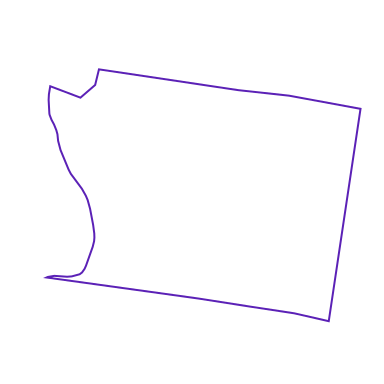 Union, Illinois, United States of America (Natural Earth projection), rotated 8°
{"feature_id": "52423323B99483960242542", "entity_name": "Union", "entity_type": "district", "adm_level": 2, "iso_a3": "USA", "parent_name": "United States of America", "parent_adm1": "Illinois", "projection": "natural_earth1", "projection_center": [-89.408, 37.465], "detail": "fine", "context": "isolated", "style": "outline", "palette": "violet", "viewbox_px": 384, "rotation_deg": 8, "n_neighbors": 0, "source": "geoboundaries", "source_scale": "gbopen_adm2", "svg_char_len": 643}
<svg xmlns="http://www.w3.org/2000/svg" viewBox="0 0 384 384"><g transform="rotate(8 192 192)"><path d="M274.7,83.1L223.7,84.7L82.8,83.5L81.2,99.5L68.4,114.1L36.9,107.0L36.8,110.7L36.7,115.1L37.2,120.7L39.8,134.0L40.2,135.3L42.8,140.0L46.0,144.4L49.0,149.6L50.7,153.5L52.3,160.0L56.0,168.8L66.7,187.0L69.5,190.9L82.5,204.1L87.4,210.5L89.8,214.5L93.4,222.8L98.7,238.4L101.0,246.7L101.7,250.8L101.9,254.3L101.3,260.1L97.3,279.7L96.3,283.1L94.3,287.0L92.2,289.1L84.7,292.3L80.1,293.3L67.3,294.2L61.0,296.2L59.9,296.9L213.6,296.6L264.9,297.4L310.1,297.9L345.4,300.9L347.3,86.2L274.7,83.1Z" fill="none" stroke="#5b21b6" stroke-width="2"/></g></svg>